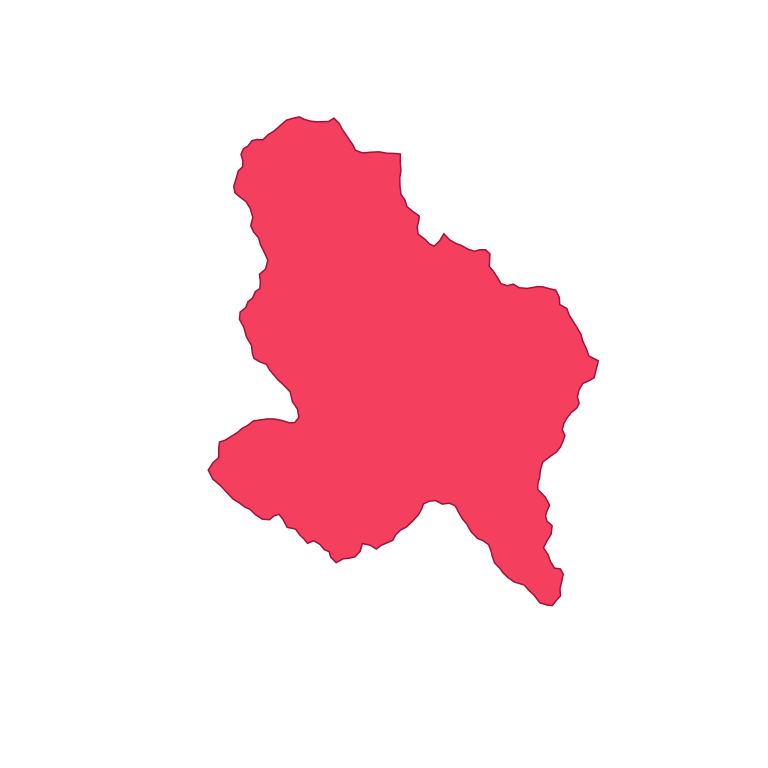 Doutor Pedrinho, Santa Catarina, Brazil, rotated 329°
{"feature_id": "56859067B40062272044728", "entity_name": "Doutor Pedrinho", "entity_type": "district", "adm_level": 2, "iso_a3": "BRA", "parent_name": "Brazil", "parent_adm1": "Santa Catarina", "projection": "orthographic", "projection_center": [-49.556, -26.711], "detail": "fine", "context": "isolated", "style": "filled", "palette": "rose", "viewbox_px": 768, "rotation_deg": 329, "n_neighbors": 0, "source": "geoboundaries", "source_scale": "gbopen_adm2", "svg_char_len": 3099}
<svg xmlns="http://www.w3.org/2000/svg" viewBox="0 0 768 768"><g transform="rotate(329 384 384)"><path d="M512.7,286.0L505.3,290.0L498.0,291.7L495.0,287.2L493.8,281.5L490.4,273.2L493.5,266.2L497.2,262.8L500.7,258.2L497.7,251.3L495.0,243.7L496.7,236.9L496.2,230.3L499.6,222.6L503.8,215.3L508.6,209.6L512.0,202.6L516.5,195.4L511.5,191.6L505.5,187.8L499.3,182.4L492.2,178.6L484.5,174.8L479.8,168.8L480.5,163.2L480.0,156.1L479.8,149.9L479.3,144.3L479.8,137.5L478.0,130.3L471.6,130.4L466.3,127.4L461.5,124.8L456.5,120.9L452.3,116.5L448.9,111.4L442.8,109.3L436.1,107.6L429.7,108.8L420.0,110.5L413.1,110.6L405.9,112.3L401.3,109.1L396.2,107.4L389.8,110.0L384.6,110.0L379.7,113.5L378.0,120.0L374.6,125.1L369.0,126.2L363.9,131.0L357.1,137.1L354.7,143.3L356.9,149.7L359.7,156.7L359.7,165.0L357.4,173.6L351.3,179.7L350.5,186.5L351.8,193.9L349.9,200.8L349.2,209.0L348.3,217.9L341.7,224.5L333.8,225.8L330.6,232.8L326.7,238.3L321.5,238.4L315.6,242.6L309.8,243.4L304.8,247.3L297.7,248.3L293.4,254.1L293.1,263.0L290.3,272.9L290.3,282.8L287.1,289.6L285.7,295.1L288.9,301.0L293.4,306.6L293.2,313.4L294.4,320.2L295.3,326.1L297.6,333.8L299.5,342.7L296.4,351.9L296.9,360.8L293.9,368.8L287.6,371.1L282.9,368.5L277.5,362.5L271.6,357.2L265.7,353.7L259.3,351.0L253.0,348.4L245.6,349.3L239.3,349.0L233.2,350.1L225.0,350.2L218.6,350.3L213.1,349.0L209.2,354.1L204.4,362.0L197.0,363.3L189.0,367.3L188.3,377.5L191.5,386.8L193.4,396.0L195.4,404.9L198.6,411.1L201.3,417.7L204.5,422.3L206.6,430.0L210.1,437.2L215.8,441.3L221.9,440.4L226.8,441.5L227.7,447.9L227.2,457.0L233.5,462.8L234.1,470.2L235.6,475.5L236.4,481.2L243.0,482.1L246.4,488.3L247.6,495.4L250.7,499.6L249.1,504.9L251.0,512.5L258.9,512.8L264.7,515.5L270.2,517.2L277.4,515.1L283.3,509.6L289.2,515.1L292.4,521.5L298.3,520.8L304.9,521.7L311.0,522.5L316.4,519.3L323.1,517.7L329.2,518.1L337.6,516.4L346.3,513.7L351.8,510.5L356.1,507.1L362.4,507.7L368.2,510.5L372.0,516.9L378.8,519.9L382.3,525.2L381.9,532.0L381.7,540.0L382.8,546.5L382.6,555.7L384.6,564.3L388.5,569.8L390.9,575.5L389.7,582.6L388.0,587.7L386.7,594.5L388.3,601.2L388.8,607.2L390.7,614.2L393.9,621.1L400.7,628.5L401.8,635.3L403.9,642.3L404.9,651.8L409.7,657.2L414.1,660.6L420.2,658.3L426.3,656.5L429.2,650.4L434.8,644.6L439.7,639.3L440.0,633.4L435.3,629.6L435.2,622.3L436.7,614.5L436.3,606.6L442.9,602.4L449.8,598.9L455.1,592.1L453.0,585.3L454.6,580.2L458.5,576.6L463.5,573.2L464.0,564.2L461.5,553.6L464.6,548.6L468.9,544.7L473.6,538.5L479.9,532.6L488.9,531.7L496.9,531.1L502.3,529.1L507.7,525.5L512.6,521.3L513.2,514.9L518.2,510.2L523.8,507.2L529.8,504.9L536.7,504.0L541.4,501.0L543.1,494.7L547.8,489.8L554.7,485.9L561.3,486.8L567.4,486.8L579.7,474.5L574.0,465.5L575.5,458.7L576.5,449.6L578.4,442.8L578.5,436.8L578.4,428.0L578.2,420.5L579.6,413.5L575.6,406.4L578.9,399.9L579.6,392.0L574.2,386.8L570.0,382.4L565.6,379.5L560.8,377.7L556.1,375.9L549.4,371.1L546.3,365.0L540.3,363.2L535.9,358.2L536.1,352.2L535.8,343.4L534.7,337.7L538.4,332.1L541.8,327.1L540.3,321.4L535.2,318.2L529.7,316.7L525.2,311.4L521.8,305.2L517.9,300.4L514.4,294.0L512.7,286.0Z" fill="#f43f5e" stroke="#9f1239" stroke-width="1.5"/></g></svg>